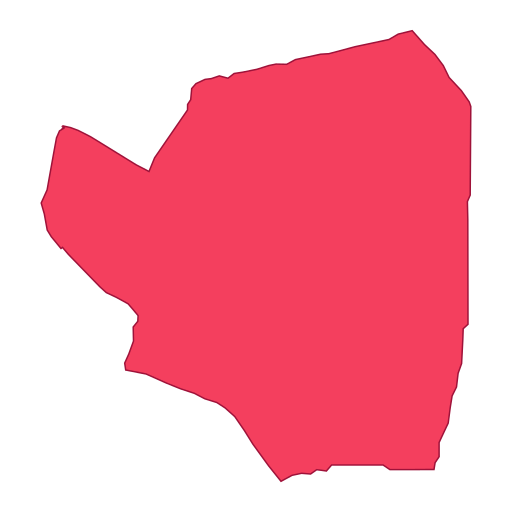 the district of Heiban, South Kordufan, Sudan
{"feature_id": "16777658B58356083218961", "entity_name": "Heiban", "entity_type": "district", "adm_level": 2, "iso_a3": "SDN", "parent_name": "Sudan", "parent_adm1": "South Kordufan", "projection": "albers", "projection_center": [30.437, 11.168], "detail": "fine", "context": "isolated", "style": "filled", "palette": "rose", "viewbox_px": 512, "rotation_deg": 0, "n_neighbors": 0, "source": "geoboundaries", "source_scale": "gbopen_adm2", "svg_char_len": 1494}
<svg xmlns="http://www.w3.org/2000/svg" viewBox="0 0 512 512"><path d="M412.2,30.7L398.2,34.1L389.0,39.5L369.3,43.7L355.1,46.7L328.9,53.7L320.6,54.2L307.3,57.1L295.4,59.6L286.7,64.3L276.0,64.1L269.0,65.5L256.9,69.3L242.6,72.2L234.1,73.5L228.0,78.2L219.3,75.9L211.3,78.6L205.0,79.4L196.0,83.6L191.7,88.5L190.7,99.7L187.6,104.4L187.5,110.0L154.6,157.8L149.0,171.5L136.1,164.8L90.7,136.8L78.1,130.4L70.6,127.6L63.0,125.9L62.6,126.2L64.2,126.8L63.5,127.3L63.9,127.4L62.7,128.2L63.4,128.5L62.7,128.9L59.5,130.9L56.5,137.8L53.8,152.5L50.6,170.3L47.1,189.9L41.2,203.0L44.3,213.9L47.0,228.8L47.2,230.0L51.3,236.7L61.0,248.5L61.7,248.0L62.5,247.4L68.5,254.5L99.8,286.7L106.3,292.6L116.3,297.3L128.1,303.8L133.2,309.7L138.1,315.6L137.8,321.3L133.2,327.0L133.5,341.1L128.8,354.0L124.7,363.1L125.7,370.0L146.1,374.0L166.7,383.2L180.9,388.9L194.3,393.3L204.9,398.8L216.8,402.5L225.1,407.9L234.8,416.6L244.5,430.7L253.0,444.3L268.6,465.8L281.0,481.3L285.6,478.8L292.1,475.3L301.5,473.3L310.6,474.0L316.7,469.7L321.6,470.3L326.4,471.0L331.6,465.0L355.2,465.0L377.2,465.0L379.1,465.0L383.1,465.0L389.9,469.6L410.2,469.6L412.0,469.6L427.7,469.5L433.9,469.5L434.0,469.5L435.1,462.7L439.1,456.7L439.1,442.5L443.8,432.4L448.2,423.1L450.2,407.7L452.1,395.9L456.5,387.0L458.1,373.3L461.6,363.5L462.8,339.7L463.2,328.7L468.0,324.3L467.8,219.8L467.4,201.6L470.2,195.1L470.8,106.5L469.2,101.9L461.4,90.7L449.1,77.5L443.3,65.6L434.9,54.4L424.5,44.6L412.2,30.7Z" fill="#f43f5e" stroke="#9f1239" stroke-width="1.5"/></svg>